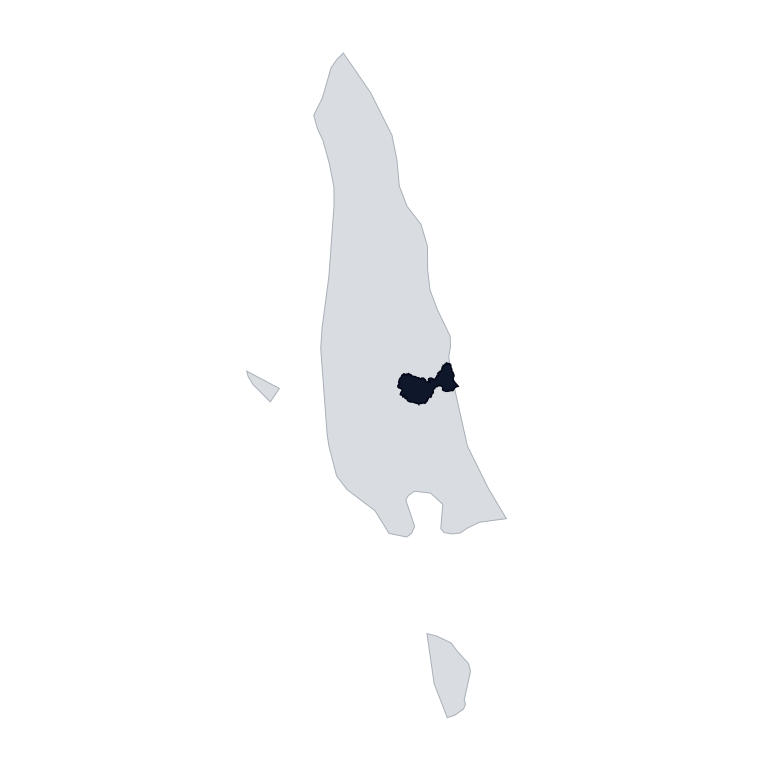 Same, Manufahi, East Timor shown in context, rotated 277°
{"feature_id": "22284137B41872156490215", "entity_name": "Same", "entity_type": "district", "adm_level": 2, "iso_a3": "TLS", "parent_name": "East Timor", "parent_adm1": "Manufahi", "projection": "mercator", "projection_center": [125.715, -9.045], "detail": "fine", "context": "in_parent", "style": "filled", "palette": "ink", "viewbox_px": 768, "rotation_deg": 277, "n_neighbors": 0, "source": "geoboundaries", "source_scale": "gbopen_adm2", "svg_char_len": 6396}
<svg xmlns="http://www.w3.org/2000/svg" viewBox="0 0 768 768"><g transform="rotate(277 384 384)"><path d="M265.3,521.8L258.4,495.6L251.2,484.4L245.5,478.0L243.5,470.1L243.8,461.8L247.3,458.0L271.7,457.0L281.4,443.6L281.3,427.4L276.5,421.9L271.7,419.7L246.4,431.8L239.2,429.6L234.9,425.2L236.3,407.3L257.1,390.5L274.7,360.2L287.1,348.1L315.9,336.8L327.6,333.6L411.4,316.9L431.4,315.7L484.6,316.2L555.7,312.6L573.3,310.3L596.1,302.9L618.1,293.8L629.8,286.6L642.1,281.5L660.4,288.0L691.4,292.9L699.8,297.3L707.5,303.3L671.5,335.2L631.9,361.6L607.6,369.6L582.3,375.1L563.1,385.3L546.9,401.3L526.2,410.3L502.8,413.4L482.9,418.2L464.8,427.6L439.6,443.8L429.4,445.4L418.6,445.0L397.7,451.2L332.7,474.3L293.5,500.0L265.3,521.8ZM60.5,487.5L92.6,470.3L141.5,457.1L140.3,466.8L135.2,482.1L127.8,489.2L116.6,502.1L109.3,504.9L80.0,502.1L76.2,503.9L71.1,502.6L63.7,494.3L60.5,487.5ZM380.0,246.2L366.8,280.7L352.4,273.3L367.7,253.9L375.0,248.2L380.0,246.2Z" fill="#d9dde1" stroke="#a8b0b8" stroke-width="1"/><path d="M394.4,420.6L394.0,420.4L393.8,420.2L393.7,419.9L393.6,419.2L393.7,418.8L394.1,418.4L394.4,417.8L394.4,417.0L394.3,415.9L394.8,415.1L395.2,413.9L395.1,413.4L394.9,413.2L395.1,412.3L394.9,412.0L395.0,412.0L395.3,411.7L395.4,411.2L395.2,410.9L395.5,410.6L395.6,410.2L396.2,410.0L396.5,409.6L396.5,409.4L396.5,409.1L396.5,408.9L396.2,408.9L396.1,408.6L396.2,408.2L396.9,408.1L397.1,407.5L397.0,407.4L397.2,407.2L396.7,406.9L396.8,406.6L396.8,406.4L396.8,405.9L396.7,405.7L396.4,405.8L396.4,405.1L396.2,404.9L395.8,404.9L395.6,404.6L395.3,404.3L395.3,404.2L395.9,404.0L396.2,403.7L396.4,403.3L396.1,403.1L396.2,402.7L395.7,402.4L395.4,401.8L395.8,401.8L395.4,401.4L395.2,401.0L395.0,400.9L394.7,400.9L394.6,400.7L393.8,400.4L393.5,400.5L393.1,400.3L392.6,400.4L392.2,400.1L392.2,399.9L392.0,399.5L391.7,399.4L391.3,399.0L390.8,398.9L390.5,398.8L390.2,398.8L388.9,398.5L387.9,398.4L387.2,398.4L387.0,398.6L386.5,399.0L386.1,399.3L385.9,399.0L385.6,399.0L385.5,398.7L385.2,398.6L384.9,398.5L384.6,398.6L384.5,398.2L384.0,398.0L383.6,398.1L383.3,398.1L382.9,398.1L382.6,398.3L382.5,398.8L382.3,398.9L382.3,399.1L381.8,399.8L381.9,400.3L381.6,401.1L381.6,401.3L381.1,402.0L381.1,402.3L381.0,402.6L380.7,402.9L380.2,403.0L379.2,403.0L379.0,402.7L378.9,402.4L378.5,402.2L378.0,402.2L377.6,401.8L377.0,401.7L376.7,401.8L376.3,401.7L376.2,401.6L375.8,401.6L375.5,401.8L375.4,401.7L375.1,402.4L375.2,403.4L375.2,403.5L374.6,403.9L374.6,404.0L373.9,404.3L373.7,404.2L373.4,404.4L373.8,404.9L373.9,405.4L374.4,405.7L374.0,405.7L373.9,405.8L373.8,406.1L373.4,406.4L373.2,406.5L372.5,406.7L372.4,406.7L372.1,407.5L372.2,407.8L372.5,408.1L371.7,408.8L371.4,409.0L370.8,409.3L370.5,409.4L370.4,409.4L370.2,409.8L370.2,410.2L369.9,410.7L369.9,410.8L369.7,410.9L369.6,411.1L369.6,411.7L369.7,412.3L369.5,412.6L369.3,413.1L369.4,413.5L369.7,413.8L369.7,414.0L369.7,414.4L369.8,414.7L369.7,414.9L369.3,415.7L369.3,416.2L369.4,416.3L369.4,416.5L369.3,417.0L369.1,417.1L368.9,417.6L369.1,418.0L369.0,418.5L368.8,418.8L368.8,419.1L368.8,419.3L368.8,419.9L368.4,420.6L368.1,420.9L368.3,420.9L368.4,421.3L368.8,421.5L369.1,421.7L369.5,422.0L369.3,422.4L369.5,422.5L369.3,422.7L369.4,422.8L369.4,423.0L369.5,423.4L369.3,423.7L369.5,423.9L369.6,424.4L369.8,424.5L369.8,424.8L370.1,424.9L370.1,425.1L370.0,425.5L370.1,425.8L370.1,426.2L370.1,426.3L369.9,426.5L370.1,426.8L370.0,427.2L370.2,427.4L370.4,427.5L370.7,427.7L371.1,427.8L371.9,428.3L372.5,429.0L372.8,429.1L373.2,428.9L374.0,429.2L374.3,429.4L375.2,429.8L376.0,429.9L376.4,430.1L376.6,430.5L376.7,431.1L376.6,431.4L376.4,431.7L376.4,431.9L376.6,432.0L377.2,431.7L377.5,431.8L377.5,432.3L377.5,432.5L378.2,432.6L379.0,432.3L379.5,432.4L379.7,432.5L379.9,432.9L380.6,433.4L381.3,434.0L381.5,434.0L381.8,433.8L382.1,433.7L382.7,433.8L383.0,433.8L383.7,433.3L384.0,433.3L384.8,433.5L385.0,433.6L385.4,434.1L385.5,434.8L386.4,434.9L387.5,435.6L387.7,435.9L387.8,436.8L388.1,437.2L388.1,437.3L388.8,437.5L389.0,437.7L389.1,438.6L389.0,438.8L389.0,439.3L389.1,439.7L389.1,440.4L388.6,442.2L388.3,442.5L387.8,442.7L386.9,442.8L386.0,442.7L385.8,442.9L385.2,443.1L384.7,443.8L384.9,444.5L384.9,444.9L384.4,445.6L384.2,446.0L384.7,448.8L385.6,451.1L385.8,452.2L385.8,452.5L385.7,452.8L385.8,453.0L386.0,453.3L386.3,453.5L388.8,454.7L389.0,454.9L390.1,456.2L390.8,457.9L394.7,453.6L396.4,452.3L396.7,452.2L397.0,452.3L397.6,452.0L398.0,451.9L398.3,451.8L398.6,451.8L399.0,451.8L399.6,452.3L399.9,452.4L400.3,452.4L400.6,452.5L401.5,452.2L402.2,452.0L402.7,451.4L403.1,451.2L403.6,451.2L404.0,451.0L404.4,450.6L404.8,449.7L405.3,449.7L406.1,449.6L406.7,449.6L407.1,449.4L407.7,449.0L408.3,448.7L408.6,448.5L409.1,448.3L409.3,448.2L410.4,448.1L411.0,448.0L411.2,446.9L411.6,446.5L411.9,446.7L412.0,446.8L412.1,446.7L412.1,446.1L412.3,445.7L412.1,445.4L412.1,445.1L411.9,445.3L411.7,445.1L411.7,444.8L411.5,444.6L411.5,444.4L411.8,444.4L411.9,444.1L412.0,444.0L412.2,443.8L412.5,443.8L412.6,443.6L412.5,443.3L412.2,443.3L412.0,443.5L411.6,443.0L411.4,442.8L411.1,442.8L410.9,442.5L410.9,442.2L410.5,442.3L410.4,442.2L410.4,441.9L410.2,441.8L410.0,442.2L409.9,442.2L409.8,441.8L409.4,441.5L409.3,441.4L409.4,441.2L409.2,441.3L408.8,441.0L408.7,440.7L408.8,440.4L408.6,440.4L408.4,440.6L408.2,440.5L408.1,440.3L408.0,440.5L407.9,440.5L407.8,440.0L407.4,439.9L407.2,439.8L407.0,439.7L406.6,440.0L406.4,439.9L406.2,440.0L406.1,439.8L405.8,440.0L405.6,440.0L405.5,439.8L405.0,439.6L404.9,439.4L404.3,439.2L403.0,438.4L402.7,438.2L402.6,437.8L402.6,437.6L402.8,437.4L402.4,437.3L402.2,437.5L402.0,437.4L402.0,437.2L401.7,436.6L401.2,436.0L400.7,436.0L400.3,436.7L399.6,437.3L399.0,437.3L398.9,437.2L398.6,436.1L398.8,435.7L398.1,435.3L397.6,435.3L397.2,435.2L396.4,435.2L396.3,434.6L395.8,434.5L395.4,434.1L394.6,434.0L394.2,433.7L394.3,433.2L394.7,432.7L395.1,432.1L395.2,431.9L395.1,431.6L395.1,431.3L395.5,430.8L395.6,430.6L395.5,429.7L395.3,429.1L395.4,428.9L395.2,428.7L394.7,428.3L394.6,428.1L394.6,427.8L394.2,427.7L394.2,427.8L393.9,427.6L393.7,427.7L393.3,428.1L393.1,428.3L392.9,428.1L392.6,428.5L392.5,428.2L392.3,428.3L392.2,428.7L392.0,428.8L391.9,429.3L391.8,429.6L391.6,429.6L391.6,428.8L391.5,428.4L391.7,427.7L391.5,426.9L391.2,426.3L391.2,425.8L391.2,425.3L391.4,424.9L391.5,424.9L392.0,424.8L392.3,425.0L392.9,424.8L393.2,424.5L393.5,423.9L394.4,422.9L394.7,422.2L394.4,421.4L394.5,420.7L394.4,420.6Z" fill="#0f172a" stroke="#020617" stroke-width="1.5"/></g></svg>